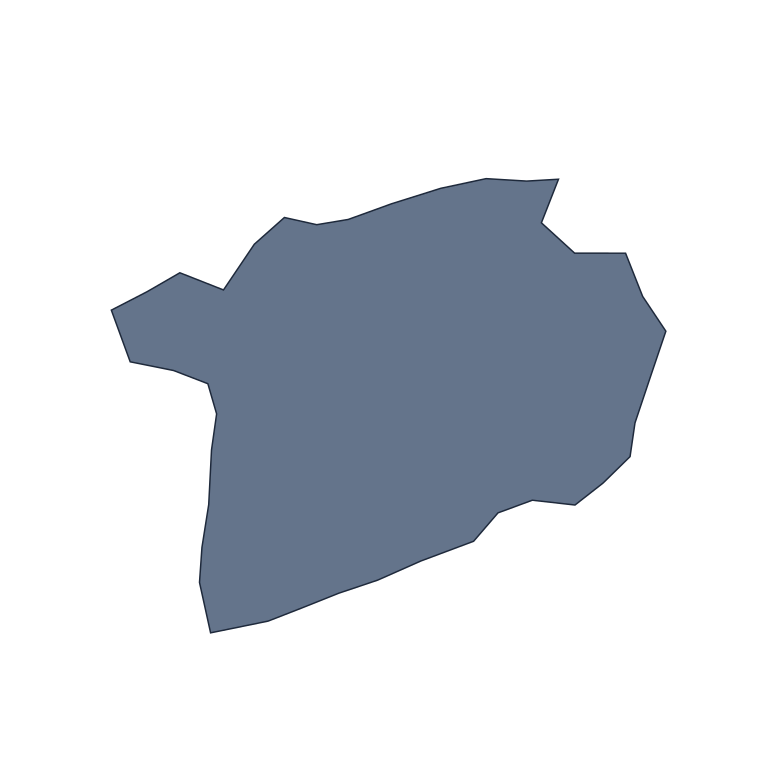 outline of São Caetano do Sul, São Paulo, Brazil, rotated 240°
{"feature_id": "56859067B69801907624769", "entity_name": "São Caetano do Sul", "entity_type": "district", "adm_level": 2, "iso_a3": "BRA", "parent_name": "Brazil", "parent_adm1": "São Paulo", "projection": "albers", "projection_center": [-46.565, -23.625], "detail": "fine", "context": "isolated", "style": "filled", "palette": "slate", "viewbox_px": 768, "rotation_deg": 240, "n_neighbors": 0, "source": "geoboundaries", "source_scale": "gbopen_adm2", "svg_char_len": 663}
<svg xmlns="http://www.w3.org/2000/svg" viewBox="0 0 768 768"><g transform="rotate(240 384 384)"><path d="M584.3,184.8L530.1,175.3L500.9,208.5L472.3,231.6L441.8,224.1L413.2,201.7L367.2,171.9L333.6,144.7L304.4,125.0L255.2,109.4L236.6,165.1L231.0,201.7L225.4,240.4L217.3,280.5L212.3,327.3L203.0,383.0L215.4,418.3L209.2,454.3L183.7,488.9L188.7,524.2L198.1,560.8L224.8,581.9L258.4,619.9L288.8,654.5L330.5,651.8L376.5,658.6L402.0,614.5L444.9,600.9L474.1,637.5L488.4,609.0L510.8,575.1L525.1,531.0L536.3,480.7L544.4,435.3L555.6,405.4L578.0,381.0L569.9,341.6L545.7,292.0L582.4,262.8L582.4,224.8L584.3,184.8Z" fill="#64748b" stroke="#1e293b" stroke-width="1.5"/></g></svg>